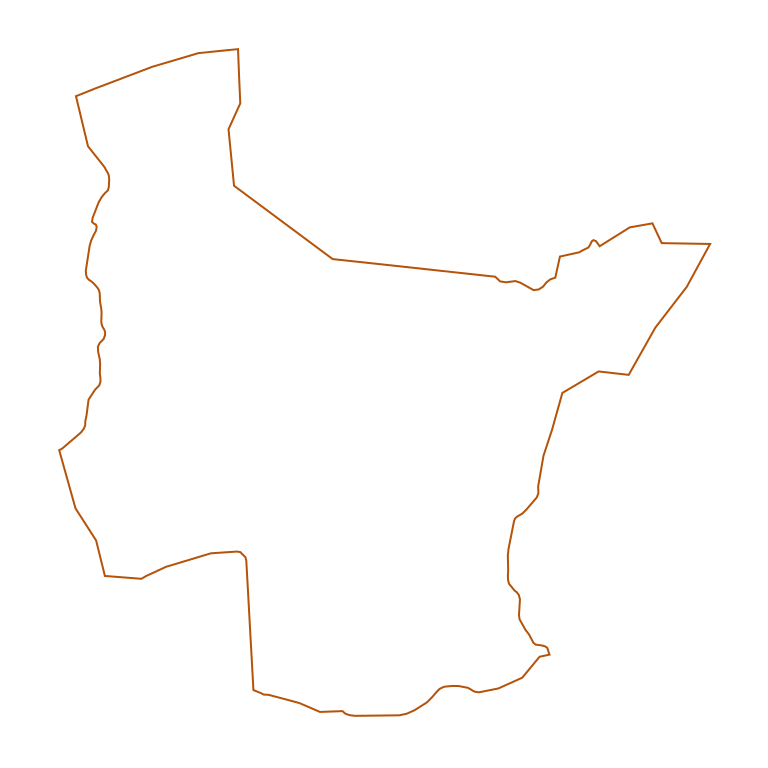 the Prefecture of Télimélé, rotated 181°
{"feature_id": "GIN-5660", "entity_name": "Télimélé", "entity_type": "Prefecture", "adm_level": 1, "iso_a3": "GIN", "parent_name": "Guinea", "parent_adm1": "", "projection": "equal_earth", "projection_center": [-13.393, 10.882], "detail": "fine", "context": "isolated", "style": "outline", "palette": "amber", "viewbox_px": 768, "rotation_deg": 181, "n_neighbors": 0, "source": "natural_earth", "source_scale": "10m", "svg_char_len": 2153}
<svg xmlns="http://www.w3.org/2000/svg" viewBox="0 0 768 768"><g transform="rotate(181 384 384)"><path d="M659.7,187.2L669.1,222.5L690.3,254.3L707.6,312.2L704.8,313.7L686.2,330.2L683.3,334.1L682.0,337.7L682.0,341.6L680.9,347.3L679.1,363.3L672.7,373.4L668.6,377.7L667.5,381.7L667.7,385.4L668.3,389.4L668.2,399.4L668.6,403.6L670.4,411.3L670.7,416.3L669.0,420.0L665.2,424.0L663.8,427.8L663.7,431.0L664.7,433.6L666.3,436.0L667.4,438.8L667.8,442.3L667.6,450.1L668.0,454.2L669.4,461.7L669.8,469.7L670.7,473.0L672.3,475.4L676.2,479.7L678.4,481.5L680.8,483.0L682.8,485.1L683.8,488.2L684.1,492.2L680.7,517.1L679.2,522.6L677.2,527.2L674.6,532.3L674.0,536.1L675.0,538.5L676.9,539.3L678.8,541.0L678.2,545.1L672.3,561.1L669.3,566.3L666.4,569.9L663.5,572.7L662.6,575.9L662.3,583.8L662.8,587.7L664.0,590.6L665.7,593.1L667.1,595.8L684.1,616.5L697.0,666.4L678.0,674.4L621.3,697.1L575.3,711.6L535.8,716.3L534.2,688.1L532.6,662.1L543.9,636.0L537.4,579.6L437.5,508.0L331.7,498.4L274.7,493.2L269.6,488.6L263.8,487.8L254.5,489.2L249.5,487.7L236.1,480.5L231.0,481.2L226.7,484.1L223.2,488.6L219.4,491.6L214.6,493.3L210.3,514.5L191.0,519.1L188.7,520.6L182.1,524.0L180.3,526.8L178.8,530.2L177.1,531.5L174.5,530.5L170.8,525.5L141.0,544.9L118.4,549.3L108.8,529.7L60.4,529.7L83.0,486.4L113.7,445.1L139.5,397.4L169.6,400.3L205.5,378.2L215.2,341.1L223.3,315.0L228.1,284.1L227.7,277.4L229.3,273.2L239.3,261.1L243.6,256.7L248.5,253.8L250.3,252.2L251.5,249.6L256.6,221.4L257.2,214.9L256.6,200.2L256.8,194.3L256.5,189.9L255.5,186.4L249.9,179.8L247.6,178.1L245.5,175.4L244.3,171.0L245.0,155.7L244.4,151.2L238.3,140.7L234.6,136.1L230.0,127.7L227.8,126.1L221.3,125.3L218.2,124.4L216.2,123.1L213.8,116.3L223.7,114.0L232.9,102.5L240.6,92.8L264.3,81.6L283.6,77.4L287.8,77.9L289.9,78.9L292.1,80.3L294.8,81.7L304.0,83.3L310.2,83.3L318.5,82.4L323.0,80.2L326.1,77.0L329.9,72.3L335.4,66.5L347.9,58.3L355.6,54.7L363.0,53.0L407.2,51.7L412.7,52.3L416.9,53.7L419.8,56.2L442.3,55.0L463.3,63.6L493.9,71.2L499.1,71.4L501.2,72.6L509.2,75.7L518.6,205.0L519.5,208.3L524.7,213.4L528.1,213.9L554.1,211.7L598.8,197.4L618.4,187.9L623.1,185.0L659.7,187.2Z" fill="none" stroke="#b45309" stroke-width="2"/></g></svg>